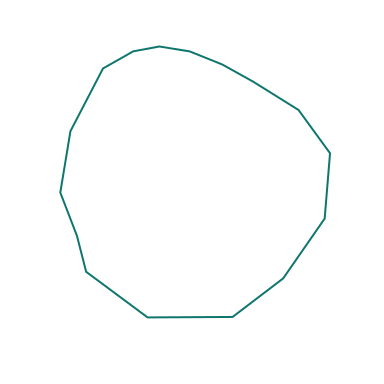 Kamituga, Sud-Kivu, Democratic Republic of the Congo, rotated 288°
{"feature_id": "63176286B35677174574617", "entity_name": "Kamituga", "entity_type": "district", "adm_level": 2, "iso_a3": "COD", "parent_name": "Democratic Republic of the Congo", "parent_adm1": "Sud-Kivu", "projection": "orthographic", "projection_center": [28.195, -3.062], "detail": "fine", "context": "isolated", "style": "outline", "palette": "teal", "viewbox_px": 384, "rotation_deg": 288, "n_neighbors": 0, "source": "geoboundaries", "source_scale": "gbopen_adm2", "svg_char_len": 361}
<svg xmlns="http://www.w3.org/2000/svg" viewBox="0 0 384 384"><g transform="rotate(288 192 192)"><path d="M114.8,96.1L83.4,116.0L59.0,188.5L85.7,269.2L138.0,305.4L207.7,326.4L271.5,311.3L302.9,268.0L315.7,216.6L322.6,181.5L325.0,146.4L320.3,116.0L307.6,92.6L282.0,69.2L212.3,57.6L150.8,66.9L114.8,96.1Z" fill="none" stroke="#0f766e" stroke-width="2"/></g></svg>